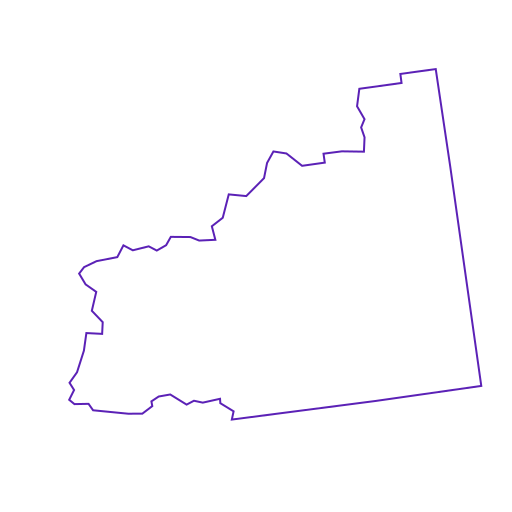 Camas, Idaho, United States of America (Mercator projection), rotated 262°
{"feature_id": "52423323B53719477803884", "entity_name": "Camas", "entity_type": "district", "adm_level": 2, "iso_a3": "USA", "parent_name": "United States of America", "parent_adm1": "Idaho", "projection": "mercator", "projection_center": [-114.75, 43.528], "detail": "fine", "context": "isolated", "style": "outline", "palette": "violet", "viewbox_px": 512, "rotation_deg": 262, "n_neighbors": 0, "source": "geoboundaries", "source_scale": "gbopen_adm2", "svg_char_len": 926}
<svg xmlns="http://www.w3.org/2000/svg" viewBox="0 0 512 512"><g transform="rotate(262 256 256)"><path d="M416.1,460.0L416.2,424.3L407.1,424.2L407.2,381.6L390.2,376.9L376.4,382.5L368.7,378.0L358.4,380.0L344.3,377.4L347.7,355.6L347.9,337.1L338.9,337.1L338.9,314.2L353.3,300.4L357.1,287.8L346.6,279.9L332.0,274.8L316.7,254.7L320.8,237.6L298.5,228.4L291.6,216.4L277.7,218.0L279.2,201.9L283.9,193.7L286.8,174.3L279.2,168.5L275.2,158.5L280.5,151.1L278.8,134.8L285.0,126.2L274.2,118.5L273.1,97.4L268.9,84.2L263.2,78.4L251.6,83.3L242.7,92.8L224.6,85.8L211.8,95.0L200.3,92.8L203.3,77.3L186.2,72.4L165.8,62.6L156.4,53.7L148.6,57.2L139.6,51.0L134.6,55.6L132.9,69.6L125.9,73.2L117.6,107.5L115.7,121.5L121.8,132.4L126.6,132.2L130.4,140.1L130.8,151.8L118.5,166.6L121.3,174.4L118.2,182.9L119.6,200.5L115.2,200.2L105.3,212.2L97.4,209.3L95.8,354.4L96.0,461.0L317.2,460.8L416.1,460.0Z" fill="none" stroke="#5b21b6" stroke-width="2"/></g></svg>